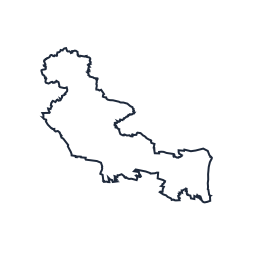 Laytown Bettystown-Lea-7, Meath, Ireland (Robinson projection), rotated 17°
{"feature_id": "5873133B93482869611851", "entity_name": "Laytown Bettystown-Lea-7", "entity_type": "district", "adm_level": 2, "iso_a3": "IRL", "parent_name": "Ireland", "parent_adm1": "Meath", "projection": "robinson", "projection_center": [-6.479, 53.728], "detail": "fine", "context": "isolated", "style": "outline", "palette": "slate", "viewbox_px": 256, "rotation_deg": 17, "n_neighbors": 0, "source": "geoboundaries", "source_scale": "gbopen_adm2", "svg_char_len": 5826}
<svg xmlns="http://www.w3.org/2000/svg" viewBox="0 0 256 256"><g transform="rotate(17 128 128)"><path d="M67.1,71.3L66.2,71.7L65.8,72.3L61.1,72.9L61.0,73.7L60.0,73.8L59.4,73.7L58.4,72.8L58.7,72.3L57.8,71.1L57.5,70.0L55.5,69.4L54.2,69.7L53.7,70.2L52.1,70.8L52.7,72.1L51.5,73.0L51.1,72.4L49.6,71.8L48.0,72.4L47.2,72.1L45.4,69.7L43.8,70.6L42.9,72.2L42.8,72.9L40.8,73.1L40.8,74.3L40.1,75.5L38.4,76.4L38.6,77.2L38.4,78.2L38.9,79.1L38.8,79.8L36.5,80.0L36.4,80.9L35.5,81.1L33.8,80.5L33.2,80.6L32.5,81.3L32.2,83.2L30.8,84.6L30.3,84.7L30.1,85.3L29.4,85.8L29.5,86.1L28.8,86.6L28.8,86.9L28.3,87.4L28.5,87.9L28.1,88.4L28.2,88.8L30.4,91.2L30.6,91.8L29.1,92.7L29.5,93.2L31.7,93.7L31.6,94.7L32.1,95.4L31.5,96.2L29.3,97.2L28.4,98.0L28.5,98.7L30.7,101.9L32.6,102.4L33.5,103.5L34.1,104.8L34.6,104.8L34.9,104.1L35.5,104.7L35.2,105.8L35.5,107.9L36.3,108.7L39.1,108.7L40.8,106.8L42.0,106.0L42.5,106.0L43.0,106.7L44.0,106.4L44.7,106.0L44.7,105.4L45.1,104.8L45.9,104.7L45.9,103.9L48.2,104.5L49.9,107.4L50.0,108.2L51.0,108.8L55.0,108.5L56.1,108.2L57.5,107.1L58.7,109.1L59.0,110.6L57.5,113.6L58.2,113.9L57.5,115.0L55.5,116.6L56.0,118.1L55.4,120.1L54.7,119.9L55.4,120.7L55.2,121.3L53.6,122.2L52.4,121.4L51.7,122.0L51.0,124.4L48.2,124.0L47.7,125.0L47.7,126.0L47.3,126.5L47.6,129.1L48.8,129.4L48.4,131.3L48.4,132.5L45.9,132.7L46.6,133.9L48.6,136.0L48.4,136.5L41.8,138.7L43.2,140.0L44.0,142.5L44.1,143.1L43.7,143.1L45.3,144.0L47.3,144.0L47.7,144.9L47.6,145.8L50.3,148.2L54.5,150.5L55.1,150.4L56.0,151.1L57.8,150.4L58.1,151.8L59.7,152.5L61.8,151.4L64.1,152.3L64.4,153.1L66.0,154.3L65.7,154.4L66.2,155.4L67.0,156.0L67.1,156.6L69.2,157.1L75.8,161.8L75.8,163.1L80.4,167.7L81.6,169.4L82.1,170.7L86.0,170.1L86.5,171.1L87.4,170.9L87.1,170.3L91.3,169.2L91.7,169.8L96.2,168.8L96.3,170.0L96.9,170.6L107.9,168.7L112.3,169.1L114.6,172.3L114.5,173.1L115.1,173.9L115.3,175.7L114.9,178.3L114.9,179.9L117.4,180.2L119.9,185.8L120.6,185.6L121.0,186.1L120.3,186.4L120.6,186.6L123.6,185.4L124.5,185.6L126.0,185.2L123.7,181.2L126.1,182.5L127.9,182.4L129.2,184.1L133.0,182.4L132.1,182.2L132.3,182.0L131.8,181.6L130.4,181.6L130.1,180.2L131.5,180.2L130.1,179.3L129.3,178.0L132.2,178.0L131.9,176.2L132.9,176.0L135.4,174.1L138.4,175.2L139.1,175.6L138.7,175.8L139.0,176.1L140.1,176.5L140.9,175.7L141.6,176.2L143.9,176.4L146.1,175.5L151.5,175.3L151.6,173.7L150.9,172.0L149.5,171.2L150.0,170.8L150.9,171.3L152.7,170.6L153.1,171.5L154.1,171.2L154.0,170.5L154.3,170.3L153.1,169.0L152.3,169.2L151.3,167.0L146.4,167.6L147.5,165.4L157.7,164.4L162.3,164.6L162.8,165.0L167.0,163.4L168.7,162.2L169.9,161.9L171.1,167.5L176.8,167.5L179.0,168.0L179.0,169.1L178.5,169.4L178.3,171.0L177.4,171.5L177.3,173.2L176.8,173.8L179.5,173.7L179.1,176.1L179.7,178.8L177.4,179.5L177.1,180.0L181.1,181.2L184.2,181.3L186.1,182.3L189.5,182.7L190.3,183.2L190.8,184.0L192.3,183.2L193.2,183.2L193.4,183.5L194.8,183.3L198.4,182.0L197.2,180.2L197.9,179.8L197.6,179.5L196.8,179.8L195.8,178.3L196.8,177.0L195.9,176.0L197.1,175.6L196.4,174.6L197.2,174.5L197.2,174.2L197.8,173.9L198.6,174.0L197.6,172.0L198.7,171.6L200.0,170.1L201.6,170.1L201.3,169.0L201.8,169.0L202.1,170.0L201.8,171.4L202.9,171.4L203.1,173.0L203.7,174.0L204.5,174.0L204.6,174.6L207.4,174.4L208.8,176.9L212.2,176.5L211.3,173.6L214.1,173.9L213.7,173.4L213.8,172.0L216.8,174.1L216.3,172.2L217.3,172.3L218.1,173.4L217.5,173.4L217.6,174.4L219.8,175.6L220.8,176.5L222.3,176.8L223.1,176.7L225.5,175.4L227.9,173.6L226.6,170.0L226.5,168.8L226.7,168.6L225.6,168.5L225.1,168.1L222.9,163.5L222.2,163.2L221.8,161.0L220.4,157.4L219.8,153.9L218.1,148.7L216.6,141.6L216.3,136.7L217.0,132.8L216.9,132.0L216.2,131.7L217.0,131.7L215.3,131.5L215.5,131.1L213.9,130.3L211.0,126.6L206.0,125.7L199.2,129.8L194.9,131.8L188.2,132.2L188.3,133.4L182.9,134.5L183.5,136.3L184.4,137.6L187.1,138.2L186.9,138.4L187.5,139.0L186.5,140.3L184.9,141.1L184.9,141.6L183.5,142.0L181.3,141.6L180.1,142.1L179.8,141.7L180.4,141.5L180.0,140.7L180.5,140.7L180.1,139.9L179.5,139.5L172.1,140.6L169.1,140.4L166.9,140.9L164.7,141.8L165.2,143.2L161.0,144.3L159.3,140.9L159.2,140.6L159.4,140.6L158.9,139.3L158.3,139.3L158.0,135.5L154.7,135.4L153.9,134.2L154.0,133.5L153.4,133.0L151.3,132.9L148.4,132.2L147.7,131.6L145.9,130.9L144.8,130.8L141.5,129.2L138.4,129.7L138.0,130.4L138.0,132.1L135.7,132.9L134.0,132.8L133.9,133.3L134.8,134.1L134.8,134.7L134.6,134.8L132.6,135.1L131.6,134.5L129.1,135.5L126.6,135.2L126.1,135.5L126.2,136.2L125.3,136.5L122.6,136.1L121.5,134.8L120.1,132.6L120.0,131.7L118.5,131.6L117.4,130.7L116.7,131.1L115.9,131.1L115.8,130.7L116.5,129.9L115.9,129.1L114.4,129.3L114.1,128.5L114.4,128.0L113.9,127.0L114.2,126.7L115.0,126.8L115.6,126.5L115.4,126.3L116.6,125.0L116.1,124.6L117.5,124.8L118.4,123.8L118.4,123.2L117.9,123.0L118.0,122.5L118.4,122.8L119.0,122.2L120.0,122.1L119.9,121.9L121.4,120.9L121.2,119.9L122.5,119.0L123.1,117.7L124.2,117.3L124.6,116.7L124.3,116.4L124.9,115.7L124.7,115.3L125.9,114.9L126.4,114.5L126.3,114.3L126.9,114.3L127.0,113.9L128.0,113.7L129.2,112.0L129.5,112.1L129.7,111.5L129.4,111.6L128.8,110.7L128.1,110.7L128.1,109.6L128.5,109.4L128.3,109.0L128.6,108.8L127.9,108.9L127.8,108.5L127.5,108.7L126.2,106.8L123.8,106.4L120.3,104.9L116.2,105.0L113.3,105.8L111.7,105.5L105.5,105.9L102.4,106.7L100.3,106.8L98.8,106.2L98.2,105.1L96.3,105.5L94.8,105.4L94.5,103.8L95.2,102.6L91.1,99.3L89.7,100.5L88.4,100.1L86.5,100.5L86.1,99.5L85.9,97.0L85.3,95.5L84.9,95.3L84.7,93.9L84.8,93.4L84.4,92.5L84.4,91.5L83.8,91.2L84.5,90.5L84.6,89.9L84.3,89.5L81.0,90.2L79.9,89.8L76.4,90.0L76.3,89.6L74.7,89.0L74.9,88.6L74.0,87.3L72.8,86.7L73.0,86.6L72.9,86.0L74.0,85.4L72.7,84.9L72.8,84.2L73.9,83.7L72.6,82.5L72.8,80.9L73.3,80.7L71.2,79.4L71.5,78.9L71.8,79.2L72.7,78.7L73.0,78.1L72.9,77.9L73.4,77.6L73.1,77.4L72.8,76.4L73.0,76.0L72.5,75.8L72.5,75.4L71.7,74.9L71.6,74.2L71.8,73.1L71.4,72.4L70.3,71.9L67.3,72.1L67.0,72.0L67.1,71.3Z" fill="none" stroke="#1e293b" stroke-width="2"/></g></svg>